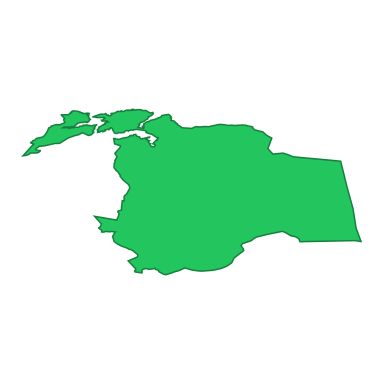 Hemnes nor, Nordland, Norway
{"feature_id": "86288312B41330497985738", "entity_name": "Hemnes nor", "entity_type": "district", "adm_level": 2, "iso_a3": "NOR", "parent_name": "Norway", "parent_adm1": "Nordland", "projection": "robinson", "projection_center": [13.774, 66.006], "detail": "fine", "context": "isolated", "style": "filled", "palette": "green", "viewbox_px": 384, "rotation_deg": 0, "n_neighbors": 0, "source": "geoboundaries", "source_scale": "gbopen_adm2", "svg_char_len": 5956}
<svg xmlns="http://www.w3.org/2000/svg" viewBox="0 0 384 384"><path d="M168.7,114.4L162.1,115.4L161.7,115.6L161.4,116.6L160.0,117.4L158.2,117.8L157.6,118.3L154.4,119.5L150.7,120.3L149.4,121.2L146.9,121.9L143.9,123.8L143.7,124.2L144.1,125.1L143.1,126.1L142.4,126.3L142.9,127.0L144.1,127.2L144.0,127.5L143.6,128.4L137.9,127.5L139.5,125.3L139.6,124.8L138.9,124.2L141.1,122.2L143.1,121.8L144.7,120.9L145.8,119.8L147.6,119.0L147.9,117.9L148.6,117.3L148.4,116.9L151.2,115.7L152.9,114.3L152.7,114.1L153.0,113.8L152.6,113.3L153.1,113.0L152.8,112.4L150.9,113.0L148.5,112.2L146.5,110.8L145.1,110.4L143.9,110.6L141.5,110.2L141.2,109.8L137.6,109.6L134.3,110.2L133.7,110.1L133.9,109.5L132.4,109.3L132.0,109.4L132.6,109.9L131.9,110.4L128.5,110.1L128.1,110.1L128.4,110.4L126.2,110.3L123.4,111.5L121.6,111.4L121.4,110.9L122.0,110.9L121.4,110.8L120.7,110.8L121.2,110.9L120.9,111.3L119.5,111.5L117.5,111.3L114.7,113.1L111.2,113.4L111.0,113.7L112.0,114.2L111.6,115.0L110.2,115.9L109.0,115.8L108.2,114.9L106.9,115.3L105.8,113.5L104.3,114.2L100.4,114.2L93.5,116.6L93.9,116.8L93.7,117.0L96.7,117.2L97.3,117.4L95.7,117.2L97.2,117.6L104.2,117.6L104.7,118.0L104.8,118.5L102.5,120.1L101.6,120.2L102.1,120.8L101.4,121.1L105.9,121.0L107.0,120.7L107.3,121.0L106.9,121.4L108.0,122.0L105.3,122.6L104.9,123.2L105.4,123.7L105.2,124.1L104.0,124.3L103.6,124.4L103.5,124.9L102.2,125.2L100.2,126.8L99.1,126.9L98.6,128.7L97.3,129.8L97.4,130.3L97.7,130.3L97.7,131.2L98.2,131.2L97.6,132.4L99.6,132.2L100.8,131.2L102.8,131.1L103.2,131.4L103.1,131.6L104.0,131.4L104.6,130.9L105.3,130.8L105.3,130.0L105.1,129.8L106.6,129.8L107.6,129.2L108.2,129.2L108.9,129.8L109.6,129.4L110.0,128.5L110.7,128.2L110.6,127.7L110.9,127.6L111.8,128.1L112.7,129.2L112.6,129.8L114.4,132.9L116.1,133.5L117.3,133.4L118.5,132.7L121.3,132.8L124.2,132.4L125.3,131.0L126.6,130.6L127.5,130.6L128.4,131.2L128.8,130.7L131.2,130.0L133.0,130.3L133.5,129.8L136.7,129.4L144.8,130.5L146.3,131.4L146.0,132.3L147.1,133.0L152.7,134.6L153.2,135.3L156.0,137.0L158.3,137.8L158.1,138.4L156.9,139.2L157.3,140.1L157.1,140.4L155.6,140.5L154.9,141.7L153.7,142.6L153.6,143.1L152.8,143.8L155.1,144.6L155.3,145.4L154.0,146.8L151.5,146.5L150.0,144.9L150.5,143.9L150.1,143.9L148.2,141.8L149.5,140.7L147.4,140.1L147.1,139.2L146.1,139.4L145.1,138.4L148.5,137.4L148.9,137.4L148.5,137.7L149.3,137.7L149.5,137.2L150.2,137.0L148.1,137.2L143.3,138.6L142.8,138.4L142.1,138.9L140.9,138.7L140.4,138.5L139.5,136.9L137.4,136.6L136.7,135.7L136.2,135.7L135.8,134.4L133.7,134.6L132.9,135.5L132.4,135.5L132.5,135.8L131.4,135.8L131.3,135.4L130.0,135.6L129.7,135.8L129.6,136.4L127.6,137.3L121.5,138.4L120.6,139.0L118.6,139.3L115.4,139.0L115.2,138.5L113.7,138.6L114.6,143.9L120.5,145.8L120.1,147.5L114.9,153.3L117.0,156.9L114.8,160.6L115.2,161.6L114.2,163.6L114.0,167.7L116.1,170.4L118.1,172.1L119.4,174.4L120.3,175.2L120.1,176.3L123.2,180.1L128.9,184.9L129.8,188.0L127.2,193.0L126.1,194.5L124.2,196.1L124.0,200.9L122.2,200.8L121.9,204.8L121.5,206.6L121.5,210.0L118.1,211.0L117.8,212.0L118.8,212.9L118.9,214.2L118.3,216.6L117.2,218.7L116.9,220.1L94.6,216.3L101.4,224.0L100.4,226.8L98.8,227.7L98.9,228.4L101.7,230.2L101.6,232.0L104.0,232.1L105.3,231.5L109.9,231.8L111.5,231.5L115.4,232.0L114.6,232.9L112.6,236.4L114.1,241.5L117.3,243.9L121.7,246.2L126.1,247.7L129.2,249.3L130.5,249.5L132.8,250.6L137.9,254.8L137.4,257.0L128.2,260.9L135.7,268.8L135.8,269.6L134.6,271.0L135.0,271.9L141.6,272.9L141.9,272.9L142.2,271.8L141.6,271.2L141.9,270.2L142.8,269.5L144.7,268.7L146.8,268.6L148.2,269.2L151.5,269.1L155.0,268.3L155.3,269.3L158.5,270.3L158.5,271.1L159.2,271.9L163.7,274.3L165.9,274.7L171.5,273.0L175.7,271.4L178.5,270.8L184.8,268.0L192.0,270.0L198.1,270.9L202.2,271.1L212.7,270.3L220.7,268.6L227.0,266.1L230.8,263.5L231.8,262.7L234.0,258.1L243.7,250.6L243.4,249.0L241.2,245.9L241.4,244.9L242.6,243.6L251.3,240.7L254.4,238.2L257.0,236.9L267.8,234.3L282.0,231.4L284.4,232.0L291.2,235.9L295.1,236.6L297.4,237.8L298.8,238.7L299.9,241.7L354.8,240.6L361.0,241.5L356.1,228.1L353.0,208.7L346.9,186.5L340.7,161.2L293.1,156.8L288.3,154.8L282.9,153.1L272.9,154.1L267.9,148.6L271.8,138.1L266.6,135.3L262.9,131.9L254.7,129.9L252.7,128.1L252.8,127.1L251.7,126.6L248.0,126.0L246.2,125.3L242.8,125.0L234.6,125.5L230.7,125.1L229.0,125.5L221.5,124.4L218.7,124.5L208.6,126.7L204.2,126.5L200.2,127.0L195.8,126.6L191.8,128.4L182.3,127.8L177.5,124.6L177.4,123.8L175.8,123.1L176.0,122.8L174.1,121.0L171.0,120.4L171.4,117.9L170.4,117.8L171.0,116.4L168.7,114.4ZM88.4,135.5L91.5,134.7L93.3,132.7L93.6,132.7L93.7,132.3L93.0,131.5L93.4,131.5L92.9,130.8L93.5,129.9L94.1,129.6L94.1,128.7L94.6,128.6L94.0,127.9L94.9,126.9L95.2,126.9L95.6,125.6L96.5,125.1L96.5,124.7L95.1,125.2L94.0,125.1L91.5,125.9L89.3,125.4L87.9,125.5L87.7,125.0L85.4,125.1L85.4,125.3L83.2,125.1L83.1,125.9L79.7,126.3L79.6,126.7L78.6,127.2L74.7,127.3L73.6,127.9L73.0,127.6L71.9,127.7L69.2,128.6L68.0,127.7L66.5,127.7L62.8,127.8L63.9,127.1L67.8,126.9L70.5,127.3L71.2,126.7L73.5,126.7L75.1,125.6L75.3,125.1L76.7,124.5L77.7,123.2L80.1,122.6L82.6,122.5L85.6,121.8L86.5,122.0L86.4,122.4L87.0,122.6L88.0,122.0L88.1,121.6L88.6,121.6L89.5,120.3L89.4,120.0L90.3,119.4L88.9,117.8L88.6,117.8L88.7,115.9L88.2,115.9L88.4,115.3L88.8,115.2L88.8,114.7L86.1,115.0L89.1,113.9L89.3,113.4L87.2,113.1L83.6,113.7L83.5,113.4L82.2,113.2L82.3,112.9L80.3,112.4L79.8,112.2L79.9,111.9L77.7,111.3L73.2,110.8L71.7,111.5L71.7,112.1L71.4,112.1L71.5,112.4L70.4,112.8L70.7,113.4L69.6,113.7L68.6,114.7L61.4,114.8L61.5,115.3L64.7,118.5L63.8,119.2L63.9,120.7L64.7,121.9L64.8,122.5L64.5,122.8L59.7,124.8L56.1,124.6L51.1,126.2L51.3,126.6L50.2,127.5L48.7,128.0L47.3,131.4L44.5,135.6L42.3,137.1L36.1,138.5L35.2,139.9L32.8,140.8L31.9,141.9L30.8,142.4L30.6,142.8L31.0,143.0L33.7,144.0L23.0,155.8L25.8,155.4L28.9,154.4L30.2,153.1L36.8,152.9L38.4,152.5L40.1,151.2L40.2,150.6L36.5,150.1L35.6,149.3L36.4,148.1L37.8,147.5L38.8,146.4L44.6,145.8L54.7,143.5L59.5,143.4L68.4,137.9L74.9,135.6L78.5,134.8L82.6,132.7L88.4,135.5Z" fill="#22c55e" stroke="#15803d" stroke-width="1.5"/></svg>